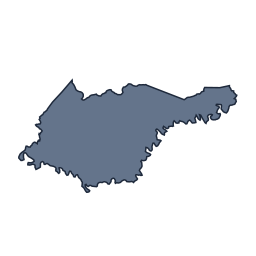 Cândido de Abreu, Paraná, Brazil, rotated 290°
{"feature_id": "56859067B28607618566167", "entity_name": "Cândido de Abreu", "entity_type": "district", "adm_level": 2, "iso_a3": "BRA", "parent_name": "Brazil", "parent_adm1": "Paraná", "projection": "robinson", "projection_center": [-51.26, -24.682], "detail": "fine", "context": "isolated", "style": "filled", "palette": "slate", "viewbox_px": 256, "rotation_deg": 290, "n_neighbors": 0, "source": "geoboundaries", "source_scale": "gbopen_adm2", "svg_char_len": 5782}
<svg xmlns="http://www.w3.org/2000/svg" viewBox="0 0 256 256"><g transform="rotate(290 128 128)"><path d="M59.1,46.5L59.5,48.2L60.0,49.1L61.5,51.0L61.5,52.2L61.3,53.2L60.6,53.7L59.5,53.9L57.6,55.7L58.8,56.9L59.6,57.6L60.2,58.2L61.3,59.0L63.5,58.3L64.4,57.9L65.9,57.9L67.2,59.0L67.0,60.4L65.2,61.7L65.5,62.6L66.5,63.3L67.0,64.3L66.6,66.0L66.0,67.7L66.5,70.9L66.4,72.6L65.8,73.8L64.9,74.5L63.8,74.4L62.8,75.2L62.7,76.6L62.1,77.3L61.7,78.5L63.0,79.0L65.0,78.3L66.2,77.2L67.1,76.9L67.5,77.9L67.5,79.4L67.0,80.5L65.9,81.4L65.8,82.8L65.6,83.8L64.3,84.6L63.5,85.5L62.7,86.8L63.4,87.8L64.9,87.9L66.5,87.8L67.5,88.0L67.7,89.1L66.4,90.3L65.8,91.3L65.3,92.4L64.3,93.1L63.6,94.0L63.9,95.0L65.2,95.1L66.2,95.4L66.8,96.5L64.6,98.6L63.9,100.4L63.5,101.3L62.8,101.9L62.1,102.6L61.4,103.6L59.4,104.2L57.5,104.6L56.8,106.6L56.3,107.4L54.3,109.7L53.5,111.1L54.0,112.3L54.9,113.3L55.9,113.5L56.4,112.6L56.6,111.5L57.0,110.0L57.8,108.7L58.7,107.7L60.2,107.2L60.7,108.0L59.8,108.9L59.4,110.5L61.1,111.8L61.3,112.8L61.0,114.1L62.1,118.5L63.0,119.0L64.4,118.6L65.8,118.8L66.8,119.5L67.5,120.6L67.9,122.4L69.0,123.4L69.5,124.3L69.6,125.6L69.5,126.9L68.6,128.2L68.8,129.5L69.9,129.8L70.7,130.2L72.1,130.3L73.2,129.9L74.4,130.1L75.1,130.6L75.7,131.2L75.8,132.3L75.0,133.4L73.9,134.3L72.6,134.3L71.7,135.1L72.8,136.2L72.9,137.4L73.3,138.2L74.3,139.5L76.3,140.5L78.0,142.1L78.1,143.8L77.2,145.2L77.5,146.4L78.0,148.0L79.0,149.7L79.0,150.9L78.7,151.9L79.6,152.1L81.0,152.9L81.7,153.6L82.4,154.1L83.4,154.3L85.1,152.1L85.9,151.5L86.8,151.5L87.1,152.4L87.3,154.2L88.0,155.3L87.8,156.4L88.5,157.4L89.8,156.2L90.4,155.3L92.0,153.2L93.5,153.3L94.4,153.8L96.0,154.2L97.0,154.2L100.2,152.7L101.0,151.5L102.3,151.8L102.4,153.1L102.9,154.3L103.8,155.6L105.4,155.9L107.5,155.4L108.4,157.0L109.8,158.2L110.8,158.3L111.2,157.4L111.3,156.5L111.3,154.4L111.9,152.4L114.2,152.0L115.9,151.5L116.1,152.9L115.7,153.9L115.2,154.9L114.3,155.8L114.2,157.5L115.4,158.1L116.3,158.0L118.7,156.9L122.2,156.6L122.7,157.5L122.1,158.4L120.9,159.8L120.4,160.8L121.3,161.9L123.7,162.5L125.0,162.5L126.3,163.1L127.3,163.4L127.6,162.4L127.0,159.4L129.0,158.2L129.8,157.6L130.7,157.2L131.5,157.1L132.4,157.3L133.4,157.2L134.1,156.8L134.5,156.0L135.0,155.1L136.2,154.9L136.9,155.5L136.3,157.5L135.3,159.7L134.3,161.2L133.9,162.3L133.8,164.5L134.7,164.4L135.5,164.0L136.3,164.0L138.2,165.6L139.0,163.7L139.2,162.4L139.6,161.2L140.4,160.8L141.7,160.9L141.2,162.9L140.7,163.9L141.0,165.3L141.9,166.1L143.3,165.8L144.6,168.2L144.7,169.2L145.4,170.0L146.1,169.5L149.0,168.6L150.5,168.9L149.8,170.4L149.2,171.2L149.3,172.5L150.2,174.1L151.5,173.8L152.6,174.2L152.4,175.1L152.7,177.3L152.5,178.6L151.6,181.1L152.2,181.9L154.7,182.0L156.4,183.0L156.3,183.9L155.8,184.9L155.2,185.7L154.7,186.7L155.6,188.7L156.4,189.9L157.7,189.2L158.9,188.3L160.0,187.4L161.1,187.6L162.0,187.8L163.3,187.7L162.0,189.5L160.9,190.5L160.4,191.5L160.0,193.0L160.9,193.2L163.4,191.9L164.9,190.7L164.9,192.0L162.7,194.4L159.4,198.5L159.0,199.7L160.8,199.7L162.7,200.8L163.9,200.5L166.1,198.8L167.4,199.0L168.3,199.7L169.3,201.5L169.3,202.7L168.4,202.7L167.7,202.0L166.4,201.7L165.2,202.8L164.7,203.8L164.8,205.2L165.6,207.3L166.2,207.8L166.8,208.8L167.6,209.5L168.3,210.0L170.5,210.3L171.4,210.3L172.5,210.1L173.1,209.5L172.2,208.2L172.4,206.9L172.8,205.9L174.1,206.0L175.3,205.9L176.9,206.2L177.8,206.6L178.6,206.7L179.4,206.0L179.3,204.4L179.5,203.1L180.4,203.0L181.0,204.2L181.2,205.5L181.6,206.6L181.8,207.6L180.9,208.3L177.8,209.0L175.9,212.1L175.7,213.8L175.8,215.3L177.2,215.8L178.2,216.0L181.3,215.9L182.5,215.6L183.9,215.9L184.6,216.6L185.0,217.8L185.9,218.7L186.3,219.5L187.2,220.3L188.6,220.3L189.8,220.7L191.9,219.4L191.9,217.8L194.8,219.0L196.0,219.0L196.1,217.9L196.8,216.9L197.3,215.8L197.7,215.0L198.9,214.7L198.8,213.5L198.4,212.6L199.1,211.8L200.3,210.8L201.2,209.3L202.5,208.8L197.3,200.5L192.3,186.2L190.6,186.0L189.7,186.2L188.5,186.6L187.9,185.7L187.1,184.8L185.3,184.2L184.4,183.6L184.1,182.3L183.2,180.9L182.1,180.7L181.4,179.7L180.5,178.9L179.8,178.0L178.9,176.7L178.0,175.5L177.5,174.2L176.9,173.2L175.6,172.4L174.7,171.8L173.8,171.1L174.6,131.1L174.9,129.9L174.3,129.1L173.9,127.5L172.9,125.3L172.7,124.2L171.8,123.0L170.5,122.2L169.9,121.0L169.7,119.4L169.6,117.9L170.2,116.2L170.1,114.7L169.5,113.3L168.0,112.8L166.7,112.0L165.5,111.1L164.8,109.7L162.7,109.4L161.4,109.8L160.5,110.5L159.7,111.1L158.3,110.7L156.9,109.9L156.3,108.3L155.8,106.8L156.2,104.7L156.0,103.5L156.6,102.8L156.8,100.9L157.1,100.0L158.1,99.0L157.8,97.8L157.1,96.8L156.1,95.7L155.4,95.2L154.6,95.0L153.6,95.1L153.1,94.3L152.2,93.7L151.7,92.8L150.8,92.2L150.0,91.8L148.8,91.6L148.2,89.5L148.4,87.5L149.0,86.7L147.6,84.6L146.6,82.7L145.5,81.5L143.3,80.6L142.6,79.5L140.6,78.3L139.1,76.9L138.9,75.5L139.4,74.4L140.7,75.0L142.6,75.1L144.1,74.5L144.8,73.9L145.5,72.7L145.7,71.8L145.7,70.7L145.5,69.8L145.6,67.7L146.2,66.0L148.5,64.0L150.3,62.0L150.8,61.1L151.4,59.9L152.7,59.7L153.9,59.1L139.5,53.7L126.4,48.2L119.6,46.2L118.0,45.8L116.8,45.7L115.8,45.0L114.8,44.6L114.2,43.8L111.3,43.3L110.5,42.5L109.4,42.0L108.1,41.2L106.9,42.1L105.7,41.6L104.3,43.4L103.0,44.2L101.6,43.9L101.2,42.7L100.3,41.5L100.1,40.6L99.3,40.1L98.5,41.3L98.1,42.7L98.2,43.7L97.0,45.1L97.1,46.2L96.0,48.2L95.0,48.2L93.9,47.6L92.4,47.4L92.5,46.4L91.3,46.5L90.4,47.5L89.3,47.9L88.1,48.9L87.0,49.3L86.1,48.4L85.7,49.3L85.0,48.6L84.7,47.7L83.3,47.8L82.2,48.1L82.5,46.8L82.8,45.8L82.6,44.8L81.5,44.0L80.1,43.5L78.9,43.5L77.7,42.7L76.6,42.6L76.1,40.9L76.4,39.6L76.1,38.5L74.7,38.5L73.3,38.8L71.8,38.7L68.6,36.5L66.8,35.6L65.1,35.4L63.4,35.3L62.4,35.7L60.9,38.5L61.3,39.6L62.7,41.1L63.6,40.6L64.5,39.9L67.4,38.8L69.1,38.9L69.6,40.1L69.3,41.1L67.6,43.5L67.1,44.6L66.8,46.7L66.3,48.9L65.8,50.4L64.5,51.2L63.4,50.3L62.1,48.8L61.4,46.1L60.1,46.1L59.1,46.5Z" fill="#64748b" stroke="#1e293b" stroke-width="1.5"/></g></svg>